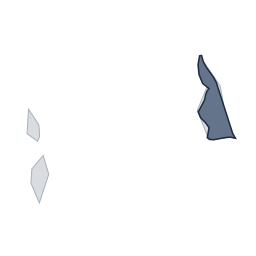 location of Saint Croix within United States Virgin Islands, rotated 261°
{"feature_id": "VIR-4870", "entity_name": "Saint Croix", "entity_type": "state/province", "adm_level": 1, "iso_a3": "VIR", "parent_name": "United States Virgin Islands", "parent_adm1": "", "projection": "robinson", "projection_center": [-64.734, 17.738], "detail": "fine", "context": "in_parent", "style": "filled", "palette": "slate", "viewbox_px": 256, "rotation_deg": 261, "n_neighbors": 0, "source": "natural_earth", "source_scale": "10m", "svg_char_len": 760}
<svg xmlns="http://www.w3.org/2000/svg" viewBox="0 0 256 256"><g transform="rotate(261 128 128)"><path d="M134.7,199.3L156.4,212.5L182.7,212.5L155.2,225.6L102.7,226.9L103.8,205.9L134.7,199.3ZM114.1,39.9L94.7,42.5L67.9,28.7L89.0,23.5L102.7,26.7L114.1,39.9ZM162.1,32.7L144.9,40.5L133.4,39.4L129.0,36.6L138.1,27.4L162.1,32.7Z" fill="#d9dde1" stroke="#a8b0b8" stroke-width="1"/><path d="M188.1,212.0L181.4,212.8L175.9,214.8L164.9,220.3L159.3,222.3L106.0,230.6L101.1,232.5L103.0,227.4L103.3,223.1L103.0,210.9L103.8,207.2L106.0,204.8L115.7,208.1L121.2,205.3L126.9,201.3L133.1,199.8L133.8,200.6L143.7,208.0L149.2,210.1L151.9,211.7L154.3,214.1L160.3,208.7L169.6,206.5L179.7,207.1L188.1,210.0L188.1,212.0Z" fill="#64748b" stroke="#1e293b" stroke-width="1.5"/></g></svg>